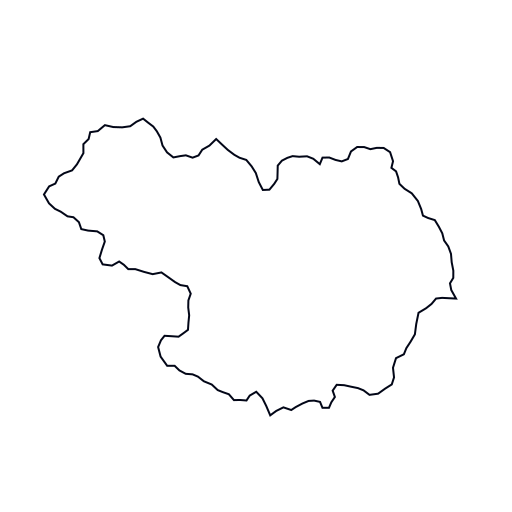 the district of Serranos, Minas Gerais, Brazil, rotated 345°
{"feature_id": "56859067B45065614080089", "entity_name": "Serranos", "entity_type": "district", "adm_level": 2, "iso_a3": "BRA", "parent_name": "Brazil", "parent_adm1": "Minas Gerais", "projection": "robinson", "projection_center": [-44.543, -21.828], "detail": "fine", "context": "isolated", "style": "outline", "palette": "ink", "viewbox_px": 512, "rotation_deg": 345, "n_neighbors": 0, "source": "geoboundaries", "source_scale": "gbopen_adm2", "svg_char_len": 2352}
<svg xmlns="http://www.w3.org/2000/svg" viewBox="0 0 512 512"><g transform="rotate(345 256 256)"><path d="M228.5,413.6L235.4,410.9L243.3,409.3L250.2,413.9L255.3,412.2L262.7,410.5L269.3,409.6L274.7,410.7L280.1,413.5L280.9,419.8L287.2,421.5L290.9,416.8L295.7,412.6L295.2,405.9L300.6,401.3L307.7,403.6L313.7,406.7L320.3,410.0L325.1,413.6L329.7,419.5L338.3,420.6L346.5,417.5L353.9,415.2L357.9,409.0L359.4,399.4L364.8,390.9L373.4,389.2L377.4,383.9L383.0,378.9L389.2,372.8L393.2,363.1L398.3,352.9L406.7,350.5L413.2,347.7L418.9,343.7L424.9,344.6L431.1,346.6L438.2,348.9L435.8,339.4L436.3,332.6L440.9,328.2L442.8,321.3L443.4,312.7L444.9,304.4L444.2,296.5L441.7,289.7L441.8,282.3L440.2,275.1L438.0,267.6L432.0,263.8L427.7,260.2L427.7,253.4L426.6,244.8L422.7,235.8L416.9,229.5L413.2,223.4L413.6,216.8L413.2,210.5L409.6,205.9L412.9,199.9L412.4,190.4L407.3,184.7L400.7,182.8L394.1,182.4L388.7,178.8L381.9,176.9L374.8,179.6L369.9,186.1L363.3,186.8L357.7,183.8L352.2,179.8L345.7,178.2L341.4,183.8L336.5,176.9L331.1,172.9L323.4,171.3L317.2,169.0L311.7,169.3L305.7,170.6L300.4,174.3L298.4,181.1L296.6,187.1L292.3,191.0L286.1,195.4L279.7,194.0L277.8,185.3L277.3,175.8L275.0,168.3L271.5,160.7L265.5,156.8L261.3,152.7L256.2,146.2L251.8,139.2L247.8,132.7L239.6,137.3L231.6,139.4L226.5,144.0L220.2,144.6L214.3,140.6L208.7,139.9L201.7,139.4L196.9,132.9L194.3,125.1L194.3,116.9L192.5,109.9L190.3,104.4L186.1,99.0L182.5,94.1L175.2,95.4L168.1,98.1L160.1,97.1L151.5,94.5L143.9,90.5L135.5,94.4L127.9,93.5L124.6,99.7L118.2,103.3L115.9,112.0L110.8,117.1L106.8,121.1L100.5,125.7L92.0,126.4L86.0,128.3L80.9,134.1L74.2,135.2L67.1,141.7L69.7,151.6L74.0,158.4L78.8,162.6L84.2,168.9L89.7,171.3L93.7,177.5L94.2,184.8L100.4,188.0L109.0,191.1L113.9,196.4L113.7,202.9L108.8,210.1L104.2,217.5L105.7,224.4L114.4,228.0L122.4,225.9L126.1,230.3L129.2,235.6L136.1,237.5L143.8,242.4L151.5,246.8L160.4,247.4L166.0,254.1L171.0,260.2L175.4,264.5L181.8,267.4L183.2,275.5L179.2,281.4L177.2,288.2L176.1,296.0L173.5,302.9L171.2,309.7L165.4,312.0L160.3,313.9L153.6,311.6L147.0,309.4L142.4,312.8L137.9,318.6L137.8,328.5L141.8,339.1L149.0,341.0L152.4,346.7L157.6,351.6L164.1,353.9L168.7,357.5L173.2,363.5L180.0,368.7L184.3,375.6L188.7,378.9L194.0,382.5L197.4,389.5L203.2,390.9L209.4,393.1L213.8,389.2L221.1,387.2L225.4,395.1L227.1,403.6L228.5,413.6Z" fill="none" stroke="#020617" stroke-width="2"/></g></svg>